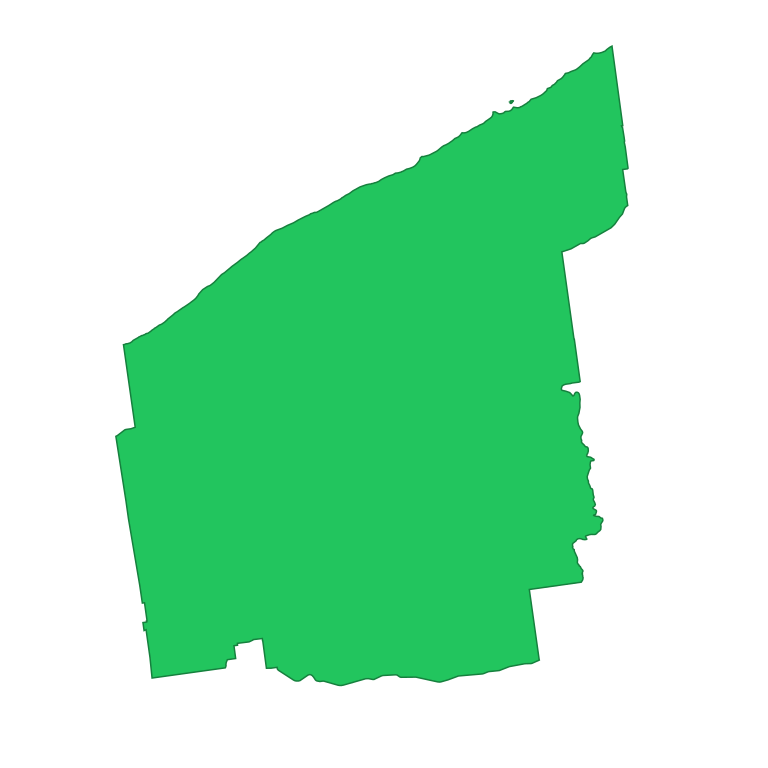 Gingin, Western Australia, Australia, rotated 82°
{"feature_id": "25037944B53188273537939", "entity_name": "Gingin", "entity_type": "district", "adm_level": 2, "iso_a3": "AUS", "parent_name": "Australia", "parent_adm1": "Western Australia", "projection": "natural_earth1", "projection_center": [115.595, -31.184], "detail": "fine", "context": "isolated", "style": "filled", "palette": "green", "viewbox_px": 768, "rotation_deg": 82, "n_neighbors": 0, "source": "geoboundaries", "source_scale": "gbopen_adm2", "svg_char_len": 6154}
<svg xmlns="http://www.w3.org/2000/svg" viewBox="0 0 768 768"><g transform="rotate(82 384 384)"><path d="M681.3,299.2L680.6,283.4L681.3,277.2L681.2,276.3L679.0,268.6L678.1,268.7L607.7,268.7L607.7,216.2L605.6,214.5L604.5,214.1L603.4,213.8L602.6,214.0L600.7,213.9L599.6,214.3L599.1,213.8L598.2,213.8L596.9,213.0L596.0,213.2L594.2,214.4L592.2,215.0L591.2,216.0L590.7,216.0L588.7,217.2L587.5,217.4L585.2,216.8L582.9,216.8L576.0,218.8L574.4,218.7L573.9,219.5L573.1,219.8L572.4,219.8L571.9,220.1L571.2,219.6L570.5,219.8L568.5,219.5L568.2,219.3L565.9,215.5L565.1,215.1L564.3,213.6L564.3,211.7L564.8,210.1L565.5,209.0L566.1,206.8L566.1,205.4L566.0,204.9L565.8,204.7L564.7,205.2L563.0,205.7L562.6,205.4L561.8,201.5L561.8,199.6L562.3,196.6L562.3,195.7L561.8,194.4L560.7,193.2L559.2,190.6L558.2,189.6L555.2,188.9L553.3,189.0L551.7,187.9L550.4,186.7L549.7,186.3L548.9,186.2L547.4,186.4L546.9,187.8L545.1,189.6L544.5,192.5L543.4,194.6L542.8,194.2L542.8,193.3L542.5,192.6L540.0,191.4L539.1,191.3L538.6,191.5L536.5,194.2L535.9,194.4L535.4,194.3L534.6,193.4L534.2,192.4L532.8,191.5L530.6,191.9L528.4,192.7L527.5,192.8L526.9,192.7L525.8,191.9L525.2,191.8L522.9,192.2L518.0,192.1L516.9,192.4L516.2,193.5L515.9,193.9L513.4,194.3L510.4,195.3L508.5,195.1L506.5,195.7L504.0,195.7L497.8,192.7L496.1,191.2L492.5,191.2L489.9,190.4L489.2,189.9L489.0,189.6L489.0,187.0L488.7,186.7L488.0,186.5L487.6,186.7L487.0,187.7L485.7,189.0L485.2,189.8L484.5,192.0L484.1,192.9L483.7,193.2L482.3,193.0L480.9,191.9L478.8,191.0L476.0,190.8L474.8,191.4L474.0,193.3L472.1,194.4L470.1,196.0L469.1,196.5L467.2,196.1L465.9,196.5L463.6,196.4L460.7,194.5L459.9,194.1L459.0,194.1L458.1,194.4L456.0,195.6L451.6,197.1L448.7,197.3L444.5,197.1L443.0,196.7L440.2,195.1L434.5,193.2L430.0,192.7L426.5,191.9L422.4,191.9L420.8,192.2L419.8,192.7L419.1,193.7L418.9,194.8L419.0,195.3L419.8,196.3L421.8,197.6L422.1,198.2L422.0,198.9L420.9,199.4L418.3,201.3L416.4,205.0L415.1,208.4L414.6,208.9L413.6,209.1L410.9,208.0L409.8,206.1L409.8,205.2L409.5,204.4L409.5,199.3L409.2,197.5L409.3,191.1L409.2,190.2L408.9,189.4L366.3,189.3L366.0,189.3L365.9,189.6L277.9,189.5L276.2,180.0L272.2,169.9L272.6,167.3L272.4,166.0L270.6,162.2L268.6,159.1L268.2,157.8L267.7,154.4L260.9,137.4L257.9,133.3L251.6,127.5L248.8,124.2L243.7,121.4L242.7,120.5L241.8,119.2L241.2,117.8L232.5,117.8L229.8,117.2L228.1,117.7L226.7,117.8L204.8,117.8L204.8,112.9L204.3,112.3L182.9,112.1L178.3,112.4L177.5,112.3L177.0,111.9L172.4,111.9L163.2,112.1L162.4,112.7L161.4,112.9L161.4,111.6L81.1,111.2L82.0,113.6L83.8,116.9L85.0,118.4L86.0,122.1L86.3,125.0L86.2,126.6L86.0,128.1L85.3,130.2L86.6,131.5L89.0,133.2L90.0,134.7L91.3,135.9L94.5,142.3L97.3,146.3L98.8,148.9L99.6,150.6L100.6,155.4L101.5,158.0L101.7,161.1L102.0,161.5L102.6,161.8L105.3,164.6L106.4,166.3L107.8,170.0L109.3,171.3L110.0,172.4L110.9,173.4L111.8,175.8L113.3,177.3L113.7,178.6L114.2,181.1L116.1,182.1L119.1,186.5L120.1,188.6L121.7,193.5L122.5,198.7L124.6,201.0L124.9,202.0L126.2,204.0L126.4,204.7L128.2,208.6L128.6,210.4L129.0,211.0L129.1,212.1L129.0,213.6L128.0,216.8L127.9,217.3L130.2,219.4L131.0,221.1L131.3,222.3L131.0,225.7L131.4,226.7L132.1,227.5L132.4,228.4L132.6,230.2L132.6,232.0L132.2,233.0L130.0,236.0L129.8,237.4L129.9,238.2L131.6,238.4L133.3,239.2L134.5,240.1L135.5,241.6L138.1,246.8L139.7,249.0L140.2,250.4L140.9,253.2L142.2,256.1L142.4,257.6L143.6,260.9L145.6,265.0L146.4,267.6L146.5,269.7L146.1,271.8L148.4,274.1L149.6,275.8L150.4,278.2L150.7,279.5L152.6,282.4L154.7,286.5L155.8,289.5L156.3,291.6L157.3,293.7L160.3,298.4L161.0,299.9L163.6,307.4L164.3,313.3L164.0,314.8L165.1,316.6L166.8,317.3L168.1,318.2L171.1,321.4L172.4,323.2L173.3,325.3L174.1,328.7L174.4,331.8L175.9,335.4L176.1,336.6L176.5,337.6L176.9,340.7L176.8,343.4L178.0,346.0L178.6,350.1L179.9,354.7L181.2,358.3L182.6,360.9L183.4,363.9L183.5,365.6L183.9,367.0L183.8,368.1L184.1,369.2L184.0,370.6L184.2,373.8L185.5,380.3L188.3,387.7L190.6,391.9L191.9,395.8L193.3,398.4L193.6,399.5L194.8,401.3L196.0,404.5L196.4,406.6L197.2,408.8L199.5,413.7L204.5,426.4L204.6,427.3L204.4,429.1L204.9,430.8L205.2,432.9L206.0,434.3L207.0,438.2L209.7,446.2L211.8,451.2L213.5,457.5L215.5,463.0L216.9,469.5L217.5,471.1L218.8,473.5L220.2,475.3L222.9,480.0L224.8,482.9L225.4,484.6L226.3,486.0L226.6,487.1L231.5,492.4L235.1,497.9L235.5,498.8L237.6,502.0L240.8,508.3L243.3,512.4L246.2,517.9L251.6,526.5L253.0,529.6L259.7,538.1L262.2,542.4L262.9,545.3L265.3,550.4L269.0,554.8L270.6,556.0L273.0,558.5L274.4,560.6L277.6,566.4L280.0,571.3L280.3,572.2L283.9,579.3L284.3,580.4L285.0,581.8L285.6,582.4L287.2,585.0L289.6,589.1L290.1,589.6L292.3,592.8L293.9,596.1L294.4,598.3L296.3,601.9L296.9,603.6L297.4,604.1L298.4,606.3L299.0,607.1L300.9,610.6L300.9,611.6L301.1,612.8L301.8,614.1L301.9,614.9L302.4,616.5L302.3,617.2L303.1,619.2L303.3,620.2L303.7,620.7L305.9,626.3L307.1,627.8L308.0,629.8L308.4,632.4L308.3,633.9L308.8,635.6L308.8,636.5L392.2,636.4L393.1,640.8L393.1,645.9L393.3,647.0L398.0,655.3L398.5,656.8L463.7,655.8L482.0,655.8L549.5,653.9L567.3,653.8L567.3,651.6L585.6,651.6L585.6,652.2L586.7,652.2L586.7,655.9L594.8,655.9L594.2,653.8L622.2,653.8L642.9,654.6L643.0,580.7L642.1,580.1L640.8,579.6L639.8,579.7L639.4,579.4L638.2,579.2L635.2,577.5L635.2,569.1L622.3,569.0L622.3,565.4L620.4,565.3L620.6,553.5L619.3,549.4L618.9,549.1L619.1,539.9L621.2,540.0L621.3,539.8L649.1,540.0L649.7,535.2L649.7,529.3L651.3,529.3L652.7,528.5L664.5,514.9L665.4,513.6L665.9,512.2L666.2,510.2L666.0,508.4L661.7,499.8L661.4,498.6L661.5,497.7L661.9,496.6L662.7,495.7L664.5,494.5L667.5,493.1L668.1,492.6L668.7,491.8L669.7,488.9L669.7,485.9L669.9,484.9L675.9,471.4L676.4,469.7L676.6,468.3L676.5,466.0L673.3,443.1L673.6,440.4L675.0,436.3L675.2,435.1L672.7,427.1L672.5,425.7L673.6,412.9L674.0,411.6L676.3,409.1L676.8,408.0L678.7,393.2L686.5,372.2L686.9,370.3L686.9,369.1L685.9,361.8L683.5,350.9L684.8,326.8L684.6,325.4L683.5,321.1L683.4,320.1L683.8,309.7L681.3,299.2ZM121.6,219.3L121.6,219.6L122.2,219.7L122.3,220.1L122.6,219.7L123.3,220.0L123.5,219.9L123.3,219.4L123.5,219.4L123.4,219.1L123.7,218.8L123.1,217.9L122.0,217.0L121.9,216.6L122.1,216.1L121.5,216.7L121.3,217.6L121.5,218.1L121.2,218.9L121.6,219.3Z" fill="#22c55e" stroke="#15803d" stroke-width="1.5"/></g></svg>